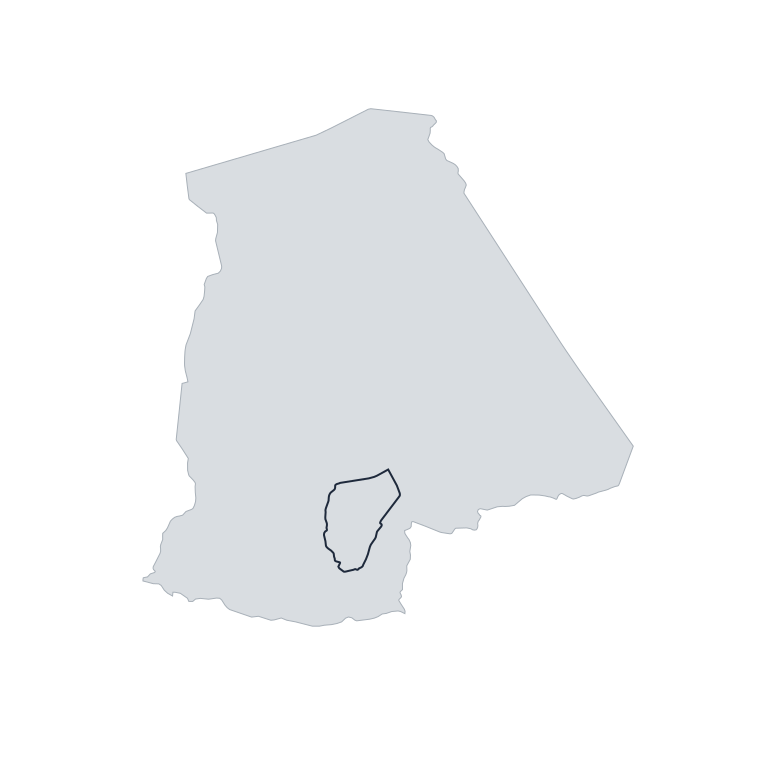 Algeria, with El Bayadh highlighted, rotated 199°
{"feature_id": "DZA-2190", "entity_name": "El Bayadh", "entity_type": "Province", "adm_level": 1, "iso_a3": "DZA", "parent_name": "Algeria", "parent_adm1": "", "projection": "natural_earth1", "projection_center": [1.021, 32.573], "detail": "fine", "context": "in_parent", "style": "outline", "palette": "slate", "viewbox_px": 768, "rotation_deg": 199, "n_neighbors": 0, "source": "natural_earth", "source_scale": "10m", "svg_char_len": 5376}
<svg xmlns="http://www.w3.org/2000/svg" viewBox="0 0 768 768"><g transform="rotate(199 384 384)"><path d="M547.8,119.3L548.3,120.9L548.5,122.4L546.2,123.8L544.8,124.6L543.1,128.4L539.8,130.9L539.3,131.7L539.3,132.4L541.6,133.6L542.4,134.7L542.7,136.2L541.9,141.5L540.6,151.0L540.7,153.0L541.6,155.5L542.5,157.4L542.8,159.5L542.6,164.9L543.7,167.9L544.6,170.8L542.7,174.3L541.9,177.4L541.5,181.9L541.3,184.7L540.1,187.4L538.5,189.8L536.7,191.3L534.4,192.6L531.7,194.4L529.7,199.0L525.1,202.8L524.1,204.2L523.7,207.3L523.9,211.5L524.8,215.0L527.1,220.0L529.2,225.5L529.8,228.3L530.6,229.4L533.4,231.2L538.3,233.7L539.2,234.7L541.6,238.5L544.0,245.3L544.8,249.9L553.5,256.8L561.7,262.9L562.4,263.9L567.2,284.7L568.9,292.1L575.1,318.8L572.8,320.3L570.1,322.2L572.2,325.8L576.1,331.7L578.5,336.4L579.3,338.5L581.2,344.4L582.8,350.1L583.2,352.0L583.9,356.4L583.5,368.5L584.8,383.9L586.4,391.6L584.3,398.5L582.5,405.1L582.7,408.4L583.9,413.6L585.0,417.5L586.4,419.5L586.3,425.9L585.7,428.3L581.5,431.7L576.8,434.8L575.5,437.4L575.2,440.4L575.9,442.7L589.9,464.6L590.4,466.8L590.8,473.0L593.2,480.7L595.7,484.1L596.7,486.7L598.5,488.5L600.2,489.8L601.3,490.0L607.4,487.8L617.9,491.3L627.9,494.9L628.7,495.6L634.6,507.5L639.9,518.6L529.1,597.2L516.9,609.2L488.3,638.7L486.1,640.0L447.9,648.6L428.1,653.0L427.2,653.2L426.1,653.3L425.2,653.2L423.5,652.5L421.5,650.7L420.1,649.8L419.8,648.4L420.6,646.6L421.5,644.9L421.9,643.6L422.6,642.6L423.5,641.8L423.5,640.7L422.8,638.8L422.1,636.2L422.1,631.6L422.2,629.4L420.3,627.6L416.8,625.7L413.7,624.5L412.2,624.1L408.7,623.4L403.8,622.1L402.1,621.3L399.0,616.9L397.4,615.8L390.1,615.1L387.7,614.4L385.7,613.3L384.0,611.9L383.1,609.6L382.8,607.6L382.2,606.7L374.1,602.0L372.1,600.4L371.0,598.9L371.0,596.7L371.2,594.0L370.9,591.6L370.5,590.4L230.0,480.3L222.5,474.6L205.4,461.9L128.1,406.4L129.0,366.7L129.2,364.7L129.7,363.8L132.2,362.3L136.2,359.0L137.6,357.5L139.5,356.0L146.2,351.5L147.5,350.2L154.0,345.0L155.5,344.2L158.9,343.7L160.4,342.7L162.3,340.7L165.2,338.3L167.0,337.2L167.5,336.9L168.6,336.8L174.5,337.5L176.9,338.0L179.8,338.5L180.8,338.2L181.6,337.4L182.7,335.7L183.0,333.8L183.1,332.1L183.3,331.3L183.8,331.0L185.1,331.1L186.8,331.3L190.3,331.3L191.5,331.0L195.4,330.6L201.1,329.5L209.1,326.9L212.9,323.9L215.8,320.7L218.7,315.9L221.1,311.8L225.8,309.2L229.7,307.6L231.9,307.0L236.9,304.8L245.3,298.4L252.2,297.5L253.1,296.9L254.0,295.8L254.1,293.9L253.0,292.5L251.6,291.8L250.6,291.0L249.6,290.9L249.1,290.0L249.4,288.2L249.6,286.6L250.2,285.1L250.1,282.8L249.1,280.6L248.8,279.0L248.9,277.4L249.4,276.1L250.9,275.3L252.5,275.0L254.8,275.4L258.9,274.9L269.2,271.0L269.9,269.8L270.6,267.1L271.3,264.8L272.4,264.0L273.0,263.8L281.3,262.3L283.1,262.2L298.4,263.0L311.6,263.4L312.8,262.9L312.8,261.2L311.9,258.0L312.5,256.0L314.4,254.2L316.8,252.1L315.7,249.6L313.8,248.0L311.2,246.0L309.8,245.1L307.5,242.7L306.1,240.0L305.1,234.1L303.3,230.9L302.1,226.8L303.3,219.5L301.6,215.0L301.3,213.1L301.3,210.8L301.9,206.9L301.6,201.3L299.6,195.6L300.6,193.7L301.0,192.7L300.9,191.8L299.0,190.0L298.2,188.5L298.7,187.1L299.7,185.1L299.6,184.2L296.6,181.7L291.5,177.7L290.1,176.0L289.5,173.7L294.3,174.3L296.8,174.0L302.6,171.4L307.2,167.8L310.8,166.0L313.9,162.1L316.8,159.6L320.9,157.0L332.7,151.2L334.5,151.2L338.4,152.5L341.8,152.1L344.1,150.1L346.6,145.3L350.4,142.3L355.3,139.4L361.9,136.5L366.2,134.0L373.0,131.7L390.2,130.3L399.0,129.0L405.0,129.3L411.0,125.2L414.0,123.8L427.1,123.5L433.3,120.5L456.6,120.5L459.5,121.5L462.3,123.1L467.2,127.0L469.6,127.9L472.6,127.1L479.8,123.4L487.9,121.5L492.2,119.3L494.1,116.1L497.8,114.9L500.0,117.4L508.4,119.8L513.6,119.1L515.8,118.4L514.9,114.7L520.4,115.7L524.6,117.5L529.1,121.0L531.9,121.7L537.1,120.1L547.8,119.3Z" fill="#d9dde1" stroke="#a8b0b8" stroke-width="1"/><path d="M351.0,199.6L352.2,198.6L352.4,198.4L357.7,195.1L357.8,195.0L359.6,193.9L360.4,193.6L361.0,193.5L366.3,195.2L367.2,196.0L367.7,196.5L367.3,200.0L367.3,200.6L367.5,200.9L367.8,201.0L371.5,200.7L372.5,200.9L372.9,201.1L373.2,201.6L373.7,202.8L375.0,204.5L376.3,207.2L376.8,207.7L377.2,208.0L378.5,208.6L379.6,209.2L383.3,210.3L384.4,210.8L385.2,211.2L385.7,211.6L386.1,212.0L386.5,212.7L388.2,216.3L391.5,221.5L391.8,222.4L392.0,223.7L391.8,224.6L391.6,225.4L390.7,226.5L390.5,226.8L390.4,227.2L390.5,227.6L390.8,228.1L391.2,228.8L391.5,229.2L391.6,229.7L391.9,231.5L392.1,232.2L392.4,233.1L393.0,234.1L395.4,237.1L396.1,238.8L397.5,243.9L398.2,245.4L398.4,246.3L398.5,247.7L398.4,254.8L398.5,255.9L399.3,258.8L399.5,259.9L399.6,260.9L399.5,262.1L399.3,263.2L398.9,264.2L396.8,267.5L396.4,268.4L396.4,269.4L396.5,270.3L397.0,271.7L397.1,272.3L397.0,272.8L396.6,273.4L396.1,274.0L394.0,275.5L393.3,276.2L367.7,289.8L363.0,293.0L360.8,295.0L352.2,304.5L338.8,292.2L333.5,285.8L332.8,284.2L332.8,283.1L341.6,256.3L342.3,254.1L342.5,252.9L342.5,252.3L342.5,251.9L342.5,251.6L342.4,251.3L342.3,251.2L342.0,251.0L341.7,250.9L341.3,250.8L341.0,250.7L340.6,250.5L340.2,249.8L340.2,249.2L340.2,248.5L342.3,242.8L342.5,242.1L342.5,241.7L341.9,236.3L342.0,235.7L342.2,234.5L342.7,232.9L344.0,228.3L344.2,227.1L344.3,225.1L343.8,217.8L344.0,212.4L344.8,206.4L344.8,205.1L345.1,204.3L345.4,203.8L345.6,203.5L346.3,202.7L347.2,201.9L347.5,201.5L347.7,201.3L347.7,201.1L347.8,200.8L348.1,200.4L348.3,200.1L348.4,199.8L348.6,199.7L349.1,199.6L349.5,199.6L351.0,199.6Z" fill="none" stroke="#1e293b" stroke-width="2"/></g></svg>